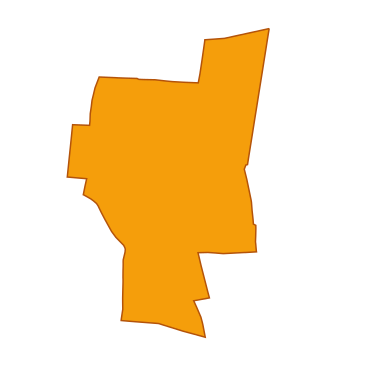 outline of Papalotla, México, Mexico, rotated 255°
{"feature_id": "50627088B323128509418", "entity_name": "Papalotla", "entity_type": "district", "adm_level": 2, "iso_a3": "MEX", "parent_name": "Mexico", "parent_adm1": "México", "projection": "natural_earth1", "projection_center": [-98.859, 19.559], "detail": "fine", "context": "isolated", "style": "filled", "palette": "amber", "viewbox_px": 384, "rotation_deg": 255, "n_neighbors": 0, "source": "geoboundaries", "source_scale": "gbopen_adm2", "svg_char_len": 1828}
<svg xmlns="http://www.w3.org/2000/svg" viewBox="0 0 384 384"><g transform="rotate(255 192 192)"><path d="M143.3,245.0L145.1,243.0L149.9,243.9L155.0,244.7L158.3,245.2L166.9,246.8L168.2,246.9L168.8,247.0L169.1,247.0L190.1,248.2L200.5,248.4L204.1,251.0L204.1,252.7L213.8,257.0L223.4,261.3L233.0,265.6L242.7,269.9L252.3,274.2L261.9,278.5L271.6,282.8L281.2,287.1L290.8,291.4L300.5,295.7L310.1,300.0L319.8,304.3L329.4,308.6L329.9,308.3L330.6,293.2L331.3,278.2L332.0,263.1L333.3,256.3L334.1,252.0L334.9,248.0L335.7,243.8L334.9,243.5L332.7,242.6L328.7,240.9L316.3,235.6L303.9,230.2L295.8,226.3L299.6,214.1L300.2,212.2L303.7,201.6L306.1,195.2L310.1,185.0L310.2,184.5L313.1,174.5L314.4,170.3L314.6,169.7L314.9,169.4L315.9,168.3L319.1,157.6L321.8,148.8L322.0,148.4L327.1,132.1L317.7,125.3L311.2,121.8L306.5,119.2L300.7,116.9L294.0,114.0L286.8,111.8L284.4,110.9L282.9,110.3L287.9,94.1L277.3,90.1L266.5,86.0L255.3,81.7L238.7,75.4L238.5,76.1L235.1,85.4L232.1,93.7L225.2,90.1L217.5,86.3L217.2,86.7L214.2,89.8L211.6,92.4L209.0,94.5L205.6,96.8L203.0,97.7L200.8,98.1L196.1,99.0L195.6,99.1L187.6,100.9L174.7,104.1L172.9,104.8L167.8,106.8L158.2,112.2L155.7,112.7L154.1,112.8L153.3,112.5L151.3,111.8L146.1,109.0L144.5,108.1L143.6,107.8L143.0,107.6L140.3,106.9L137.8,106.2L136.1,105.7L134.1,105.1L130.9,104.2L126.9,103.1L125.9,102.9L122.9,102.1L107.6,97.6L103.4,96.5L96.7,94.8L87.5,90.8L86.2,90.3L85.5,92.2L83.1,98.8L80.8,105.3L74.0,124.6L73.5,125.9L70.7,130.2L60.6,146.2L59.9,147.3L54.1,157.3L48.3,167.2L57.9,167.9L60.6,168.1L63.2,168.2L68.8,168.2L79.1,166.7L86.5,165.5L85.2,181.4L91.1,181.4L118.9,181.7L131.8,182.1L129.5,191.7L127.4,197.8L127.2,198.4L124.4,206.2L119.9,227.4L119.8,227.6L117.5,238.8L118.6,238.9L125.3,240.1L126.7,240.3L127.4,240.4L132.9,242.1L140.1,244.2L143.3,245.0Z" fill="#f59e0b" stroke="#b45309" stroke-width="1.5"/></g></svg>